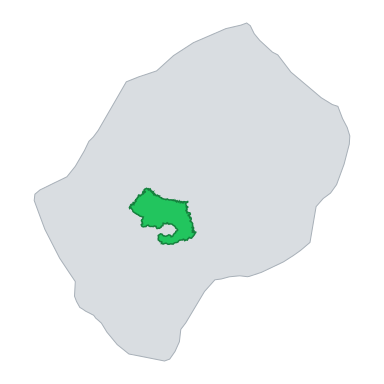 Makhoalipana, Maseru, Lesotho (highlighted)
{"feature_id": "5366337B32036214751587", "entity_name": "Makhoalipana", "entity_type": "district", "adm_level": 2, "iso_a3": "LSO", "parent_name": "Lesotho", "parent_adm1": "Maseru", "projection": "natural_earth1", "projection_center": [28.011, -29.76], "detail": "fine", "context": "in_parent", "style": "filled", "palette": "green", "viewbox_px": 384, "rotation_deg": 0, "n_neighbors": 0, "source": "geoboundaries", "source_scale": "gbopen_adm2", "svg_char_len": 6958}
<svg xmlns="http://www.w3.org/2000/svg" viewBox="0 0 384 384"><path d="M261.3,272.4L249.2,276.4L247.5,276.7L239.7,275.8L229.3,276.8L221.2,279.0L214.9,279.8L204.5,291.5L185.8,322.8L180.8,329.4L179.4,341.7L175.0,351.5L169.7,359.1L164.5,361.0L148.9,357.9L128.9,354.0L117.2,344.6L106.9,332.1L101.4,323.1L95.7,318.1L93.7,315.3L85.5,311.1L82.5,309.0L79.8,307.4L76.5,301.4L74.5,296.2L75.3,281.6L69.5,273.0L59.6,258.1L53.4,246.0L44.9,229.4L39.6,215.2L34.2,200.5L34.9,194.2L40.0,189.9L55.1,182.5L66.9,176.8L75.3,166.3L84.4,150.7L88.9,141.3L93.3,137.0L98.2,130.4L106.7,115.7L116.2,99.3L126.3,81.8L139.1,76.7L156.6,70.9L173.5,55.6L193.5,42.6L225.9,28.6L241.0,25.1L246.7,23.0L250.3,25.7L254.2,33.7L259.7,40.4L272.4,52.1L277.8,54.9L291.0,72.2L305.0,84.0L321.2,97.7L332.2,104.5L337.9,106.4L342.5,118.5L347.2,127.5L349.8,135.9L349.3,144.1L344.1,164.1L336.6,184.6L330.5,193.1L323.2,198.5L316.1,206.6L313.3,223.0L310.0,242.4L300.7,250.3L293.4,255.5L283.4,261.9L261.3,272.4Z" fill="#d9dde1" stroke="#a8b0b8" stroke-width="1"/><path d="M159.6,228.3L160.0,227.9L161.2,227.1L161.1,226.4L162.0,225.9L162.9,225.7L163.0,225.2L163.1,223.5L163.3,223.6L163.4,223.3L163.6,223.4L163.6,223.2L163.7,223.4L164.0,223.4L164.9,223.8L165.8,223.7L166.7,223.7L166.6,223.1L167.2,222.7L168.1,223.4L168.6,224.1L169.0,224.3L169.9,223.7L170.5,224.0L171.4,224.0L172.3,224.3L173.1,225.2L173.7,225.6L174.6,226.0L175.5,227.3L175.6,227.8L175.8,227.9L176.0,228.4L176.9,228.8L177.7,230.0L177.0,230.8L176.4,231.0L175.8,231.4L175.6,232.7L174.5,233.3L173.4,234.6L172.9,236.0L171.9,236.7L171.1,236.7L171.2,236.1L170.8,235.7L170.4,235.6L170.3,235.3L169.3,235.0L168.9,234.8L167.9,235.4L166.2,236.2L165.6,236.3L164.4,235.9L164.0,236.1L163.5,235.6L162.8,235.4L162.1,234.2L161.3,234.1L160.8,233.8L160.2,234.0L159.6,234.6L158.5,235.2L158.2,235.5L158.3,236.2L158.6,237.0L158.4,237.3L158.5,237.8L158.2,238.5L158.3,240.0L159.3,240.5L159.3,240.8L159.8,241.1L160.0,241.6L160.2,241.8L161.7,241.7L161.9,242.7L161.5,243.2L161.4,243.5L162.0,243.5L162.6,243.9L163.0,243.8L163.3,244.0L164.6,243.5L165.3,243.3L166.4,243.3L168.0,244.3L169.5,244.2L170.7,243.8L172.3,244.1L172.9,243.9L173.4,244.0L174.1,243.1L174.3,243.0L175.1,242.7L176.7,242.5L177.3,242.3L177.9,241.9L178.2,241.8L178.7,240.8L179.8,240.1L180.8,240.1L181.7,239.9L182.4,240.0L182.6,240.0L183.0,239.3L183.7,239.2L184.1,239.5L184.2,239.9L184.6,240.6L184.9,240.4L185.4,240.4L185.7,239.9L185.9,239.8L186.4,240.0L187.4,240.1L187.8,238.8L188.0,238.6L188.4,238.6L188.7,238.4L189.2,237.4L190.9,238.2L191.6,238.1L192.2,237.2L193.1,236.4L193.3,235.9L193.7,235.6L194.2,234.9L194.8,233.9L195.1,233.1L195.0,232.8L195.6,232.7L195.8,232.3L195.8,232.1L195.6,232.0L195.0,232.2L194.6,232.5L194.4,232.5L193.9,230.4L193.4,230.2L193.2,230.8L193.7,232.3L193.6,232.5L193.1,232.5L192.3,232.2L192.7,231.1L192.3,230.7L192.9,229.3L193.5,228.7L193.6,227.8L193.4,227.6L193.0,227.5L192.4,227.9L192.0,227.7L192.2,227.2L192.8,227.3L193.0,227.1L192.8,225.9L192.4,225.0L192.7,223.8L192.3,223.0L191.7,222.3L191.5,221.9L190.3,221.5L190.1,221.2L190.1,220.9L190.4,220.4L190.9,220.2L191.1,219.8L191.2,218.4L190.8,217.4L190.6,217.3L190.1,217.9L189.7,217.9L189.6,217.6L189.7,217.0L189.5,216.6L189.5,216.1L189.2,215.8L188.3,215.7L188.2,215.1L188.6,214.9L190.1,214.6L190.3,214.4L190.4,214.0L190.1,213.5L190.0,213.0L189.8,212.8L189.3,212.8L188.3,212.5L187.9,212.5L187.3,212.9L186.8,212.8L186.8,212.4L187.0,211.5L186.4,211.2L185.9,210.6L186.0,210.3L187.0,209.9L187.0,209.4L186.6,208.7L186.6,208.4L187.0,208.0L187.7,207.4L187.8,207.0L187.5,206.7L186.7,207.2L186.3,207.1L186.2,206.7L186.4,206.2L186.4,205.7L186.0,204.9L185.6,203.6L185.9,203.2L187.7,202.2L187.8,201.8L187.7,201.5L187.2,201.6L186.4,202.1L184.8,201.7L184.0,201.8L184.1,202.1L183.9,202.4L183.8,202.1L183.6,202.3L183.3,202.0L183.2,202.2L182.9,202.5L182.8,202.0L182.4,202.2L182.2,202.0L182.0,202.3L181.6,202.4L181.9,202.1L181.5,202.1L181.4,201.8L181.1,202.0L180.9,201.8L180.7,202.0L180.4,201.9L180.1,201.9L180.0,201.6L179.6,201.7L179.5,201.4L179.3,201.8L178.9,201.7L179.0,201.4L178.9,201.4L178.5,201.8L178.4,201.5L178.0,201.3L177.7,201.4L177.6,201.0L177.4,201.2L177.1,201.2L176.8,201.6L176.7,201.4L176.7,201.1L176.4,200.9L176.5,201.2L176.4,201.5L176.2,201.2L175.8,201.3L175.7,201.2L176.0,200.9L175.8,200.7L175.2,200.9L174.7,200.6L174.2,200.5L173.8,200.5L173.8,200.1L173.4,200.4L173.2,200.1L172.8,200.4L172.3,200.3L172.0,199.8L171.2,200.0L170.2,199.8L169.5,200.0L168.3,199.7L168.2,199.5L167.1,198.9L166.5,199.5L166.1,199.6L165.6,199.6L165.1,199.1L164.1,199.2L163.2,198.9L163.0,198.7L161.6,198.4L161.6,197.8L159.6,197.1L159.2,196.6L158.9,196.5L158.9,196.0L159.1,195.9L158.6,195.7L158.2,195.8L157.7,195.4L157.6,195.5L157.5,195.4L157.3,195.5L157.3,195.3L156.9,195.5L156.5,195.6L156.4,195.4L156.0,195.6L155.3,194.9L154.9,194.9L155.1,194.6L154.4,194.3L154.6,194.1L154.6,193.9L154.1,194.1L154.0,193.7L153.7,194.0L153.7,193.2L153.4,193.2L153.6,192.9L153.1,192.6L152.9,192.3L153.0,192.1L152.5,192.4L152.4,191.9L152.1,192.1L152.1,192.3L151.8,192.2L151.7,191.8L151.5,191.7L151.8,191.4L151.6,191.3L151.6,191.1L151.1,191.1L150.9,190.8L150.7,190.8L150.9,190.2L150.4,189.5L149.9,189.7L150.0,189.1L149.8,189.2L149.6,189.4L149.4,189.4L149.2,189.1L148.9,189.4L148.9,189.0L148.5,188.8L148.4,189.4L148.2,189.7L147.7,188.9L146.4,188.3L145.6,188.9L144.8,189.1L144.6,189.8L144.1,189.9L144.1,190.1L144.4,190.9L144.4,191.6L144.6,191.6L144.9,191.4L145.3,191.6L145.2,191.9L145.0,192.3L144.6,192.4L143.5,191.4L143.1,191.4L142.9,191.8L142.7,192.6L143.0,192.9L143.0,193.6L143.5,193.6L143.3,193.9L142.2,194.0L141.7,194.9L140.5,195.4L140.5,195.8L140.3,195.9L139.9,195.2L139.3,195.5L138.8,195.0L138.6,195.1L138.2,196.1L138.5,196.6L138.4,197.0L137.7,197.4L137.3,198.2L136.9,198.3L136.9,199.0L135.8,199.5L135.9,199.9L135.7,200.4L136.1,201.1L135.9,201.3L135.8,201.2L135.3,200.5L135.2,200.6L135.3,201.4L135.1,201.9L134.3,203.5L134.0,203.4L133.9,202.7L133.4,202.4L133.1,202.5L133.0,203.6L133.7,204.2L133.7,204.6L133.2,204.3L132.8,204.3L131.9,205.0L131.6,204.8L131.5,204.3L131.2,204.4L130.8,204.7L131.3,205.6L131.1,205.8L130.6,205.8L130.1,206.1L130.0,206.3L130.3,207.2L129.6,207.1L129.4,207.5L129.4,207.8L129.8,208.5L130.0,208.2L130.3,208.1L130.5,207.6L130.8,207.6L130.9,207.8L131.3,208.0L131.8,209.1L132.5,209.8L132.9,211.3L133.4,211.9L135.0,212.9L135.3,213.3L135.7,213.5L136.1,213.5L136.6,214.1L138.3,214.7L138.4,215.1L139.1,215.4L139.7,216.0L140.9,216.4L141.7,216.5L142.4,217.0L143.3,217.0L142.6,219.3L142.3,219.4L142.1,219.7L141.7,219.8L141.4,220.8L141.6,221.2L142.2,221.6L142.1,222.4L142.4,222.6L142.3,222.9L142.6,223.7L142.6,224.0L142.0,223.9L141.4,224.5L141.2,224.8L141.3,224.9L141.7,226.0L142.1,226.1L142.2,226.4L142.4,226.4L143.1,226.9L144.7,226.6L145.7,226.6L146.1,226.5L146.5,225.7L146.9,225.6L147.1,225.4L148.2,225.1L148.6,225.4L149.0,226.1L149.5,226.2L150.0,226.5L151.2,226.4L153.6,226.6L154.2,225.9L154.4,225.9L155.4,226.3L156.0,226.3L156.3,226.6L156.2,227.3L156.9,228.5L157.5,228.5L158.4,228.1L158.8,228.3L159.6,228.3Z" fill="#22c55e" stroke="#15803d" stroke-width="1.5"/></svg>